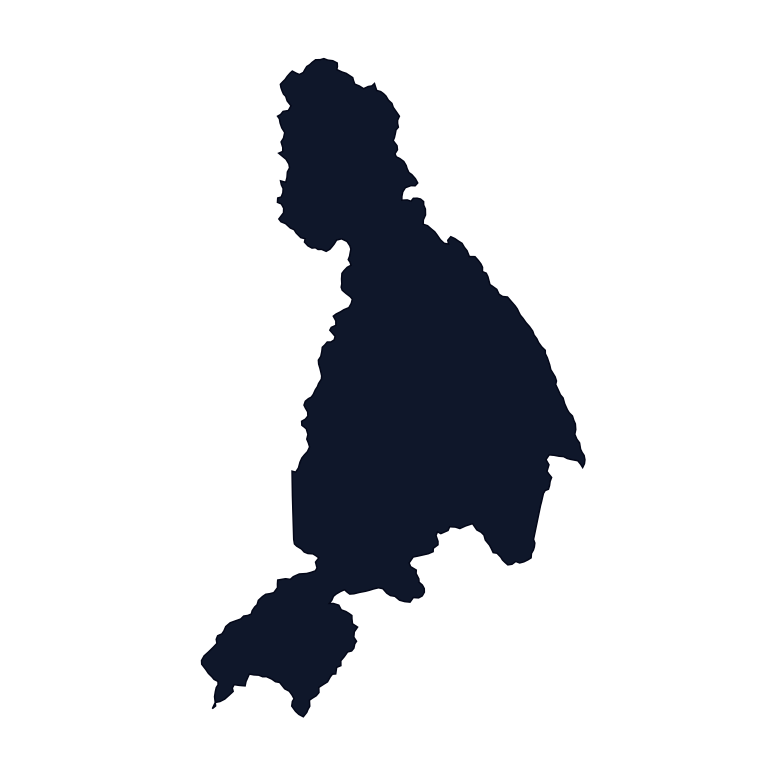 outline of Apiaí, São Paulo, Brazil, rotated 267°
{"feature_id": "56859067B63180596630366", "entity_name": "Apiaí", "entity_type": "district", "adm_level": 2, "iso_a3": "BRA", "parent_name": "Brazil", "parent_adm1": "São Paulo", "projection": "mercator", "projection_center": [-48.824, -24.415], "detail": "fine", "context": "isolated", "style": "filled", "palette": "ink", "viewbox_px": 768, "rotation_deg": 267, "n_neighbors": 0, "source": "geoboundaries", "source_scale": "gbopen_adm2", "svg_char_len": 5965}
<svg xmlns="http://www.w3.org/2000/svg" viewBox="0 0 768 768"><g transform="rotate(267 384 384)"><path d="M74.8,198.8L75.5,203.6L77.7,208.5L81.3,213.0L84.9,217.3L88.3,216.6L91.6,218.6L90.6,223.6L89.8,229.5L94.1,230.6L98.2,232.7L101.4,234.3L100.3,238.9L99.8,243.7L98.0,247.5L97.9,251.3L95.2,256.5L92.4,260.0L91.4,264.2L88.3,266.4L84.8,268.9L82.2,273.3L78.2,275.9L74.4,277.7L71.8,275.9L67.2,275.0L61.8,278.5L58.5,281.7L55.9,286.0L60.1,289.7L62.9,291.0L66.1,293.0L72.1,293.0L73.9,295.8L76.2,300.0L79.3,302.9L84.4,303.0L87.0,307.5L89.5,312.0L94.4,315.1L96.9,317.3L97.0,320.6L103.5,321.9L105.0,326.2L109.9,326.4L113.7,330.0L118.3,333.6L119.1,337.7L121.8,340.1L126.0,341.2L128.5,343.1L132.8,340.6L138.1,341.4L142.6,344.9L146.2,340.0L151.2,339.7L154.5,339.8L156.8,336.9L158.8,334.0L160.7,329.5L165.5,327.3L167.5,321.9L167.7,317.8L170.7,320.5L174.6,322.4L176.8,325.3L179.1,329.8L180.6,333.8L178.1,336.3L176.0,338.8L176.1,343.0L177.2,348.7L178.0,354.7L178.8,358.6L179.9,362.9L180.8,367.8L179.7,372.1L175.0,375.8L172.4,379.3L171.4,383.8L167.3,388.2L165.6,393.3L164.8,398.6L169.2,402.1L168.6,407.4L170.4,411.1L174.0,413.4L177.6,413.5L181.2,411.8L184.3,408.6L187.6,408.6L193.1,406.1L196.5,406.5L200.2,401.0L204.0,399.7L209.7,404.1L210.5,409.5L212.2,419.4L214.0,424.3L217.3,424.6L220.6,429.5L224.0,429.7L230.0,428.0L233.6,429.7L231.6,432.9L234.4,440.3L238.0,442.1L237.4,447.8L235.7,452.2L238.0,458.1L239.9,465.1L233.4,469.1L230.9,473.2L227.9,475.9L222.9,477.0L217.6,480.9L213.9,482.6L209.9,484.2L209.1,488.0L204.9,491.6L202.1,493.1L199.7,495.3L196.9,498.2L197.3,502.4L199.9,506.3L198.2,510.1L199.1,514.4L200.9,518.6L202.7,521.8L207.1,522.4L210.4,524.5L213.4,525.6L217.3,526.3L221.0,525.2L254.6,534.0L258.0,535.1L266.4,537.5L269.2,539.4L270.3,542.7L273.9,544.0L278.0,544.8L281.9,546.5L285.2,544.1L288.3,542.2L294.7,544.5L300.0,541.8L304.6,545.3L303.9,550.2L302.7,555.1L302.1,559.6L300.0,563.1L299.0,566.3L298.2,569.5L297.2,573.5L293.5,576.2L290.2,578.0L293.9,580.0L297.8,580.7L302.2,580.1L305.4,578.2L308.6,576.9L315.0,576.2L318.8,573.7L323.8,571.9L328.4,573.1L334.2,573.0L337.6,571.7L342.2,570.5L345.5,567.5L348.6,565.8L354.8,563.4L360.7,562.1L364.0,559.6L369.9,557.3L374.5,555.4L378.0,556.4L382.2,555.3L386.3,553.1L389.6,551.3L394.3,550.5L401.6,548.5L405.8,546.7L409.2,546.8L412.9,543.4L417.4,540.5L421.2,539.0L425.1,536.4L429.0,535.3L433.9,532.2L437.9,529.0L442.2,526.3L445.7,523.7L449.1,522.2L451.9,521.1L455.1,519.1L459.7,515.5L464.4,511.9L465.2,507.0L467.6,503.6L472.6,501.6L475.4,498.1L477.8,495.0L485.7,493.4L489.3,491.9L491.1,488.2L495.4,488.5L498.8,487.1L502.5,484.6L506.4,481.5L506.8,475.9L512.8,473.9L516.3,471.4L520.4,469.3L522.7,466.0L525.5,462.4L527.6,458.4L524.2,455.2L520.3,455.8L521.4,451.4L525.2,447.8L530.1,444.8L533.4,442.6L536.3,439.4L539.8,435.8L541.5,431.5L545.9,431.9L550.6,434.3L556.6,434.5L560.6,433.0L564.1,433.1L566.8,430.2L567.8,426.9L567.9,423.0L565.1,420.5L566.6,416.9L566.6,411.4L570.5,411.7L574.9,412.8L578.9,415.6L580.7,421.3L580.3,425.5L583.0,428.2L587.4,426.1L591.6,422.8L593.9,419.9L598.0,418.3L601.0,417.6L605.2,415.4L608.4,411.5L610.2,408.2L613.3,407.0L617.2,409.7L621.2,409.5L626.6,405.9L629.5,407.3L633.4,408.4L637.1,409.3L639.7,411.8L643.6,411.2L646.7,411.4L650.6,413.4L655.0,410.7L659.8,407.7L663.8,406.6L667.3,403.2L671.5,401.0L674.0,398.7L676.2,396.0L677.5,392.1L681.1,391.1L684.6,390.2L682.3,387.5L681.9,383.8L680.0,379.1L682.9,375.0L685.0,370.5L688.7,369.4L691.6,368.8L696.2,362.5L697.8,358.4L700.5,353.3L703.4,354.1L707.0,354.1L709.5,349.8L710.4,344.8L712.1,341.0L711.2,337.2L711.4,332.7L708.9,329.0L706.8,326.6L705.1,323.5L702.2,321.5L699.3,319.7L697.5,315.7L699.0,312.6L701.3,308.8L699.3,306.4L696.2,303.4L693.2,301.1L691.1,298.7L688.7,296.2L685.4,296.6L682.0,297.6L678.8,298.8L676.4,300.9L671.8,302.1L666.7,305.7L662.1,302.8L661.5,297.5L658.5,294.8L657.0,291.7L654.3,293.4L650.1,293.9L645.2,295.3L640.3,298.0L634.8,296.5L631.1,293.9L625.4,295.3L621.5,295.0L620.0,290.9L616.6,294.6L613.6,297.9L608.7,300.5L604.8,301.0L600.8,298.6L595.3,297.9L590.6,296.4L592.3,291.3L588.3,291.9L584.4,293.5L580.2,293.0L576.1,291.1L575.3,287.6L571.0,287.1L569.2,290.9L564.8,293.0L560.2,292.6L554.3,287.6L551.4,289.6L549.3,294.1L544.7,298.6L542.8,302.3L539.4,304.2L534.5,308.6L533.2,312.9L529.9,312.0L526.0,315.2L523.5,319.2L523.7,322.6L521.8,325.2L521.7,328.8L519.5,333.2L521.4,337.0L523.7,339.2L526.3,341.5L530.2,344.2L531.2,349.2L528.3,354.5L523.9,357.1L520.5,358.0L517.3,357.2L513.4,356.3L510.1,354.8L507.5,356.4L504.3,357.3L502.5,353.4L499.3,350.0L496.7,347.8L491.1,347.1L486.2,347.1L482.9,346.3L479.8,347.2L476.3,350.9L473.1,354.7L470.4,356.8L466.2,355.5L462.1,352.9L460.3,347.8L458.4,344.4L456.4,339.8L454.4,336.9L449.6,339.2L445.1,339.0L443.3,334.3L440.6,332.7L437.4,335.2L434.1,337.7L430.6,336.5L428.7,333.1L428.9,329.5L426.1,326.9L423.9,324.3L419.7,323.6L414.8,322.3L411.3,319.7L407.3,319.8L403.3,320.8L398.5,321.7L395.3,322.2L392.1,321.7L387.9,318.7L384.9,317.4L381.9,315.2L377.3,312.8L374.7,310.7L373.3,307.7L370.9,304.5L367.1,303.0L364.2,304.2L360.2,306.3L356.0,306.3L353.0,303.6L351.1,299.8L347.1,299.8L343.4,304.0L337.6,305.4L333.0,304.0L329.1,305.4L325.0,306.4L320.5,304.0L317.3,300.7L314.4,298.1L310.3,296.0L304.7,294.2L300.6,291.2L301.8,287.6L276.9,286.7L233.6,285.7L229.0,286.2L226.7,288.3L223.5,293.0L220.4,295.5L218.7,299.1L218.1,304.1L216.1,307.0L213.8,309.8L209.7,306.3L203.8,307.5L201.0,305.7L199.7,301.2L198.8,296.9L198.7,289.4L196.4,283.4L193.8,280.2L194.7,275.5L193.8,267.6L189.7,267.1L186.2,267.0L181.4,263.0L180.6,259.0L180.2,254.9L178.1,251.5L174.5,247.2L170.2,245.7L168.1,243.2L164.5,240.5L161.2,239.4L160.0,235.9L159.6,231.7L156.8,228.6L155.6,224.5L153.6,217.9L150.1,213.3L145.8,211.2L142.9,209.0L141.3,204.7L137.8,203.1L133.7,203.6L129.4,199.0L125.6,194.7L122.0,190.2L117.4,187.3L113.7,187.3L108.2,191.1L104.2,193.5L100.6,196.8L97.9,198.8L95.7,202.6L92.4,202.6L89.6,200.6L85.7,199.5L80.6,198.4L74.8,198.8ZM74.8,198.8L68.8,195.6L71.3,199.0L74.8,198.8Z" fill="#0f172a" stroke="#020617" stroke-width="1.5"/></g></svg>